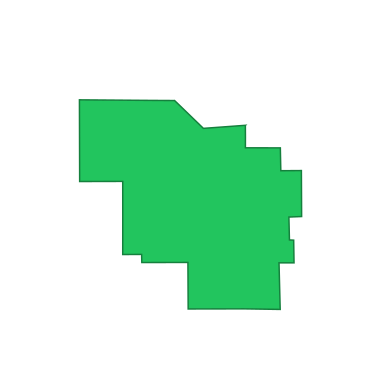 Leandro N. Alem, Buenos Aires, Argentina (Robinson projection), rotated 44°
{"feature_id": "61730980B27859754831465", "entity_name": "Leandro N. Alem", "entity_type": "district", "adm_level": 2, "iso_a3": "ARG", "parent_name": "Argentina", "parent_adm1": "Buenos Aires", "projection": "robinson", "projection_center": [-61.594, -34.493], "detail": "fine", "context": "isolated", "style": "filled", "palette": "green", "viewbox_px": 384, "rotation_deg": 44, "n_neighbors": 0, "source": "geoboundaries", "source_scale": "gbopen_adm2", "svg_char_len": 539}
<svg xmlns="http://www.w3.org/2000/svg" viewBox="0 0 384 384"><g transform="rotate(44 192 192)"><path d="M158.9,257.4L185.6,285.1L199.1,271.9L204.9,277.6L238.0,245.5L270.5,278.8L310.6,239.9L337.0,215.2L303.8,182.5L314.6,172.1L298.6,156.0L295.4,158.8L279.1,142.7L287.9,133.5L255.8,100.6L241.1,115.0L224.9,98.9L199.7,123.1L194.6,117.8L192.6,115.7L184.1,107.0L184.1,106.9L156.0,138.3L115.9,138.3L115.4,138.8L114.8,139.4L99.3,154.2L47.0,203.9L103.9,262.5L134.8,232.5L158.9,257.4Z" fill="#22c55e" stroke="#15803d" stroke-width="1.5"/></g></svg>